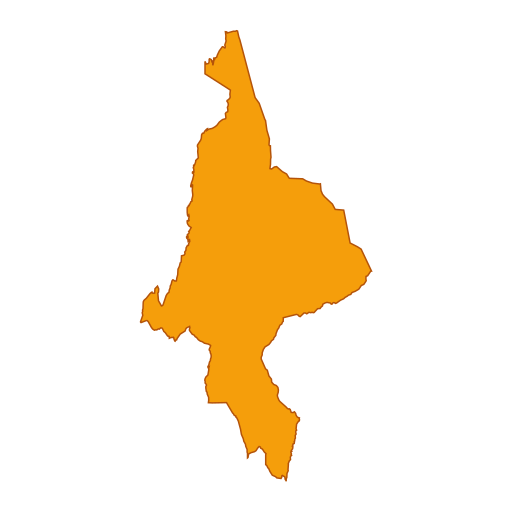 outline of Samburu North, Rift Valley, Kenya
{"feature_id": "3690345B53062225546696", "entity_name": "Samburu North", "entity_type": "district", "adm_level": 2, "iso_a3": "KEN", "parent_name": "Kenya", "parent_adm1": "Rift Valley", "projection": "equal_earth", "projection_center": [36.739, 1.705], "detail": "fine", "context": "isolated", "style": "filled", "palette": "amber", "viewbox_px": 512, "rotation_deg": 0, "n_neighbors": 0, "source": "geoboundaries", "source_scale": "gbopen_adm2", "svg_char_len": 6085}
<svg xmlns="http://www.w3.org/2000/svg" viewBox="0 0 512 512"><path d="M206.2,64.0L205.0,61.4L205.0,73.8L230.4,90.1L229.9,94.2L230.2,97.0L230.0,97.8L228.6,99.5L227.2,100.4L226.9,101.1L227.9,102.6L228.3,104.1L228.1,105.9L227.4,107.3L227.9,110.0L227.7,111.7L226.2,112.4L225.4,113.5L225.9,117.6L225.6,118.7L222.7,119.5L221.5,120.3L219.3,122.1L216.8,125.4L214.7,127.0L212.2,128.4L208.9,129.1L207.0,130.4L207.3,128.8L206.7,129.1L204.8,131.1L203.7,133.2L202.6,133.2L202.3,133.5L201.6,134.8L201.3,138.3L200.7,140.1L197.5,145.0L197.4,146.2L198.0,148.3L197.7,151.5L198.3,157.9L195.7,160.5L195.6,162.0L194.8,164.3L194.4,165.2L193.9,165.0L193.6,165.3L193.8,166.9L193.3,167.3L193.3,167.9L193.8,169.1L193.9,172.8L193.4,171.8L193.0,171.7L192.6,171.9L192.4,173.0L193.5,173.9L193.7,175.1L192.5,180.1L191.5,182.7L190.7,185.8L190.8,186.7L191.2,186.8L191.7,186.5L192.3,184.8L192.6,185.0L192.3,190.6L192.8,195.0L192.6,196.5L191.8,199.6L192.1,200.9L190.8,201.8L190.0,203.8L189.3,204.4L189.2,205.5L188.4,205.8L188.3,206.6L187.3,207.4L187.2,208.2L187.2,212.1L187.5,215.1L188.0,216.0L188.8,214.9L189.2,216.5L188.6,219.2L189.1,220.2L188.6,221.0L187.5,220.6L187.1,220.9L187.3,223.1L187.8,224.3L189.1,226.1L191.2,227.5L189.5,230.6L188.7,231.4L189.2,232.0L188.8,233.4L187.4,234.6L188.0,236.4L188.0,237.2L186.8,236.4L186.5,237.0L186.8,238.2L187.9,239.4L188.1,241.5L188.8,241.1L189.2,239.5L189.5,239.5L189.8,241.3L188.7,243.5L188.4,245.4L187.4,245.5L186.1,247.8L185.9,250.3L184.7,252.1L185.0,253.4L184.8,254.1L184.0,255.2L181.5,255.8L181.2,261.9L180.2,262.9L179.4,266.3L178.0,269.2L177.7,274.7L176.8,278.0L176.4,280.9L174.8,281.0L173.2,279.9L172.7,279.9L172.0,280.9L171.1,284.5L170.3,285.9L170.1,288.0L169.3,289.9L168.9,292.5L167.6,293.3L166.2,295.5L163.0,305.0L162.2,305.7L161.4,305.9L158.5,300.8L157.8,293.2L158.5,292.0L158.7,288.9L157.5,286.1L155.0,288.7L154.6,293.1L152.8,293.2L152.2,293.0L152.0,292.1L151.5,292.3L150.0,293.6L146.3,298.3L144.2,300.1L143.4,301.4L143.2,302.7L143.0,308.7L142.5,310.1L142.7,311.2L142.2,312.8L142.8,315.2L140.5,321.9L140.9,322.5L141.3,322.5L146.2,320.6L147.2,320.6L148.2,321.6L151.4,327.4L152.6,329.0L154.4,330.2L155.8,329.8L156.8,329.9L158.3,328.9L159.4,329.1L160.6,327.9L161.9,328.0L162.7,329.0L163.8,331.4L165.3,332.7L167.6,336.0L169.1,336.4L169.3,338.3L171.2,337.4L172.0,337.6L173.2,337.2L173.7,337.6L174.0,339.1L174.7,340.9L175.1,341.2L175.9,339.9L176.6,339.9L177.2,338.4L180.2,334.1L185.1,331.0L185.9,328.7L186.7,327.8L189.6,326.4L189.9,327.7L189.4,329.4L189.5,330.5L192.2,334.2L194.1,335.1L195.3,336.8L196.5,337.4L198.3,339.7L200.3,341.1L202.3,341.7L204.4,343.2L208.4,344.1L210.6,345.4L210.4,346.6L209.2,349.3L209.3,350.2L210.2,351.3L210.3,352.9L210.9,354.0L211.2,355.9L211.1,357.4L210.5,359.1L210.4,360.6L209.5,362.0L208.8,365.1L207.9,366.6L208.0,367.3L209.1,366.8L208.6,368.7L208.8,369.6L207.9,375.0L205.8,377.1L205.0,379.0L204.8,380.3L205.2,381.5L205.1,383.0L206.1,384.2L206.5,385.1L205.8,386.6L205.8,387.8L206.3,391.4L207.1,392.3L207.2,394.0L208.6,397.3L208.7,400.2L208.4,402.7L212.2,402.9L226.5,402.6L232.6,413.0L233.3,413.6L234.3,415.4L235.8,416.0L235.8,416.9L236.8,417.9L238.3,421.0L240.5,429.1L241.4,434.3L243.3,438.8L243.8,441.2L245.4,444.1L245.8,446.4L247.1,449.5L247.1,452.0L247.5,453.4L247.5,457.9L248.0,457.5L248.6,454.0L251.0,452.7L254.5,451.7L256.0,450.7L257.8,447.9L259.1,446.5L260.3,447.0L260.7,448.2L262.4,449.1L264.3,452.0L266.0,453.7L265.7,454.6L265.7,464.7L266.7,465.4L267.8,467.7L268.8,468.8L270.0,471.6L272.3,475.2L275.6,476.7L276.8,477.9L281.0,478.5L281.7,477.3L281.9,475.7L282.3,475.4L284.8,476.9L285.2,479.4L286.0,480.5L286.2,481.3L286.2,478.9L286.8,477.5L287.0,473.4L288.2,470.7L288.0,469.6L288.4,464.4L288.2,463.9L289.2,461.1L290.5,459.6L290.3,457.5L290.6,456.3L291.6,455.3L291.1,454.7L291.4,454.0L291.3,453.3L290.8,452.3L291.0,451.7L291.8,451.3L291.3,450.5L292.6,448.8L292.9,446.7L292.8,446.3L292.4,446.2L293.0,444.9L292.9,444.3L293.2,443.8L294.2,443.5L294.4,442.1L294.2,441.6L294.6,441.2L294.9,438.9L295.4,438.1L295.2,435.5L296.1,434.0L295.7,432.2L295.9,430.7L296.6,430.2L296.1,428.7L296.6,424.1L298.6,421.1L299.3,420.9L299.5,419.7L299.2,418.7L299.4,417.9L297.6,417.3L296.9,416.6L296.0,415.0L295.6,413.3L294.4,411.8L293.0,412.6L291.2,412.4L290.2,409.5L289.3,408.8L288.6,409.0L287.4,408.5L286.4,407.3L279.8,401.4L278.8,399.9L277.6,396.9L277.3,395.2L278.2,392.3L278.4,390.0L277.9,387.4L276.3,385.5L273.8,384.5L271.7,382.2L271.4,379.1L268.9,375.9L267.3,370.2L265.5,368.8L261.2,359.0L261.2,357.3L262.2,354.9L262.2,352.9L263.4,349.4L265.0,346.9L268.9,344.5L270.6,342.4L271.5,340.8L273.5,339.3L273.8,337.9L275.8,335.4L276.0,333.7L277.5,329.7L278.7,328.1L279.8,325.3L281.8,323.9L282.4,322.1L283.2,321.4L283.3,317.7L296.5,314.4L297.9,314.9L299.2,316.3L300.2,316.6L304.0,313.0L305.4,313.0L306.8,313.8L309.0,312.3L310.8,312.7L312.1,312.3L313.2,312.7L314.1,312.5L317.6,308.7L320.1,308.5L321.0,307.2L322.5,305.9L322.8,304.2L325.2,302.9L327.0,302.4L330.3,303.0L331.2,304.1L332.0,304.1L332.7,303.1L333.6,302.6L334.5,302.7L335.4,303.4L336.6,303.0L340.5,300.2L343.6,298.8L345.2,297.3L347.1,296.3L348.4,295.2L350.8,294.4L352.0,292.5L355.0,291.4L358.8,289.2L361.3,285.5L363.8,284.4L366.0,281.1L366.2,280.4L365.9,279.1L366.0,276.4L367.6,275.8L370.7,271.2L371.5,271.1L361.1,249.1L357.5,246.8L350.1,243.0L343.7,210.1L335.2,209.4L332.4,204.1L324.5,196.7L322.5,194.2L321.0,190.6L320.4,183.8L319.6,184.0L312.5,183.1L306.4,181.0L302.7,178.8L289.5,178.3L288.9,177.8L286.6,174.0L282.3,171.6L276.6,166.6L274.3,167.0L271.6,169.0L269.9,168.6L270.5,164.4L270.6,159.1L271.0,157.3L270.5,150.4L270.4,145.8L269.6,145.7L269.0,144.9L269.4,138.9L266.9,130.3L265.5,120.4L264.9,119.6L259.2,103.3L255.1,97.6L239.9,40.0L238.8,36.9L237.5,31.0L236.4,30.7L235.4,31.3L233.5,31.2L227.2,33.0L226.8,31.9L225.4,31.7L225.9,35.9L225.7,38.9L226.1,41.0L224.8,45.1L225.3,46.5L225.1,47.8L224.6,47.9L222.9,46.7L222.3,46.8L219.3,50.9L217.4,54.9L216.6,57.3L215.2,57.9L214.7,59.2L213.9,58.0L213.7,58.1L213.7,61.3L213.2,64.2L212.7,65.3L212.7,61.0L211.9,61.7L211.2,59.6L210.2,59.0L209.5,58.8L209.2,59.2L209.1,61.9L208.7,63.2L208.1,63.6L206.2,64.0Z" fill="#f59e0b" stroke="#b45309" stroke-width="1.5"/></svg>